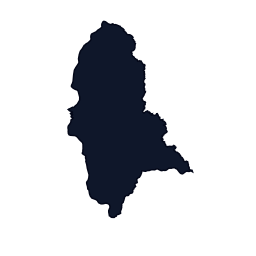 outline of Phonthong, Louangphrabang, Laos, rotated 27°
{"feature_id": "54806243B14812805317737", "entity_name": "Phonthong", "entity_type": "district", "adm_level": 2, "iso_a3": "LAO", "parent_name": "Laos", "parent_adm1": "Louangphrabang", "projection": "albers", "projection_center": [103.126, 20.819], "detail": "fine", "context": "isolated", "style": "filled", "palette": "ink", "viewbox_px": 256, "rotation_deg": 27, "n_neighbors": 0, "source": "geoboundaries", "source_scale": "gbopen_adm2", "svg_char_len": 5838}
<svg xmlns="http://www.w3.org/2000/svg" viewBox="0 0 256 256"><g transform="rotate(27 128 128)"><path d="M50.7,81.2L51.2,84.5L52.5,88.8L54.6,91.8L54.6,93.8L54.1,97.8L54.0,100.8L55.5,105.4L57.9,111.4L58.3,113.6L58.3,115.5L58.6,116.4L58.9,116.8L61.0,117.4L63.3,117.5L65.7,117.2L66.9,117.8L71.0,122.4L72.3,125.2L72.0,130.0L70.8,132.7L70.7,133.9L69.2,134.7L67.3,137.4L66.8,137.8L66.4,138.6L67.4,138.6L67.6,138.7L67.6,139.1L68.6,139.2L69.4,138.9L70.1,139.4L70.7,139.0L71.3,139.1L71.5,139.5L71.4,140.1L70.9,140.1L70.5,140.4L70.2,141.3L71.2,141.6L72.5,141.3L72.7,141.9L72.0,142.9L72.0,143.5L72.3,143.9L73.2,144.0L73.8,143.7L74.3,143.9L74.2,144.4L74.4,144.9L73.6,146.7L74.3,148.2L74.5,149.8L73.9,153.3L74.2,154.5L75.1,156.1L75.7,156.6L76.1,157.9L77.4,160.0L78.7,160.8L80.0,160.6L84.3,158.8L86.0,158.8L87.4,159.2L90.0,160.4L94.1,161.6L95.3,162.9L97.4,166.9L98.0,168.6L98.5,169.2L98.6,170.6L98.9,171.4L99.9,171.7L102.8,171.9L103.8,174.0L104.9,175.1L105.5,176.4L105.6,176.9L107.8,179.2L110.1,182.4L114.6,187.3L115.7,190.1L116.1,192.1L116.2,193.1L115.8,194.3L116.0,195.6L117.0,196.9L118.6,198.6L119.9,200.6L120.9,200.7L121.8,201.6L123.6,204.1L125.3,205.7L127.6,206.8L131.8,206.3L133.5,206.5L135.8,207.9L138.4,207.8L140.2,206.8L142.2,205.1L144.1,204.5L146.1,204.6L148.0,206.6L148.3,210.2L149.0,211.6L151.3,214.7L152.0,214.6L153.2,215.0L154.0,215.0L156.2,214.0L156.5,213.6L156.6,212.8L157.6,211.8L157.4,210.9L157.6,210.1L158.0,209.7L158.7,209.3L160.1,207.4L159.0,205.6L158.8,203.3L158.3,201.4L157.9,200.9L157.7,200.0L157.2,199.4L156.8,198.0L157.4,196.6L157.4,196.1L157.1,195.2L157.1,194.5L156.3,190.7L157.0,189.1L157.5,188.6L158.5,188.3L158.9,187.8L159.1,187.2L159.0,185.9L161.0,184.1L161.2,183.8L161.2,182.7L160.1,180.6L160.8,179.7L160.6,178.5L161.3,176.6L160.2,175.8L159.5,174.6L159.7,173.7L160.7,173.0L160.9,172.2L160.2,171.5L159.0,169.7L159.4,168.1L160.5,166.7L160.7,164.4L160.4,161.6L159.7,160.3L159.7,159.9L163.3,158.6L164.4,157.3L166.5,156.0L167.2,155.1L168.2,154.3L170.8,153.1L172.1,151.4L172.7,151.0L176.3,151.0L177.4,150.7L179.1,149.3L179.6,149.3L180.8,148.6L181.4,147.9L182.4,145.6L183.0,145.1L185.1,144.0L185.6,143.4L187.4,142.2L188.7,142.4L190.4,142.3L194.4,144.2L195.6,144.5L196.9,144.3L197.5,144.0L199.3,140.4L200.5,139.4L200.9,139.5L202.4,138.8L203.5,137.6L205.3,137.7L204.2,136.6L202.6,137.2L201.1,136.8L200.5,135.5L199.5,134.8L199.4,134.6L198.8,134.4L198.5,133.3L198.0,132.7L197.1,132.2L196.9,131.9L196.9,131.3L196.4,131.0L195.9,131.2L195.3,131.0L194.5,131.8L193.4,132.5L192.5,132.1L192.4,131.7L191.8,131.4L191.7,131.0L191.3,130.9L190.9,130.5L189.6,129.8L189.1,129.9L188.3,129.7L187.3,128.8L186.8,128.6L186.7,128.8L185.5,127.8L184.8,127.9L184.2,127.5L183.4,127.6L182.9,127.3L181.4,127.8L180.2,127.1L179.8,127.3L179.3,127.2L178.7,126.2L178.8,125.7L179.2,125.4L179.5,124.7L179.3,124.1L179.5,123.7L179.2,123.4L178.6,123.8L178.0,122.9L176.8,122.8L176.8,123.6L176.4,124.1L176.2,123.9L176.0,124.1L175.6,124.2L175.3,124.7L175.5,124.8L175.0,125.1L173.7,125.2L173.2,125.7L171.9,126.5L171.8,127.0L171.0,126.8L170.4,127.0L169.6,126.7L169.1,125.9L168.8,125.9L168.6,125.5L167.8,125.3L167.4,124.6L167.0,124.7L166.3,124.3L166.4,123.9L164.9,124.3L164.5,123.8L164.6,123.6L164.0,123.1L163.6,123.1L164.2,122.2L163.5,121.7L162.5,121.8L162.3,120.3L162.6,120.0L161.9,119.5L162.3,118.6L162.9,118.1L162.8,116.6L163.3,116.3L163.4,115.8L164.3,114.4L164.4,113.5L162.3,112.0L162.1,111.5L162.2,110.9L161.2,110.0L159.7,109.2L158.7,109.1L160.0,107.6L159.6,107.2L159.4,106.7L158.4,106.1L156.8,105.7L155.9,106.0L155.6,105.5L155.3,105.4L155.2,104.7L153.8,105.7L153.6,106.0L152.5,105.8L151.7,104.7L151.5,104.1L150.6,104.3L150.1,103.8L149.2,103.6L149.2,103.1L148.5,102.5L147.7,102.8L147.5,102.0L147.0,102.3L147.1,103.5L146.2,104.6L145.3,104.9L143.9,105.0L143.4,105.5L143.4,105.2L143.0,105.4L143.0,105.0L142.8,105.3L142.4,105.1L142.3,104.7L141.8,105.0L141.4,104.7L141.1,104.9L141.1,104.7L140.5,104.3L140.1,104.6L140.0,104.2L139.6,104.1L139.3,104.6L138.2,104.5L138.0,104.0L137.7,103.9L136.5,105.3L135.5,107.4L135.2,107.5L134.3,107.3L133.2,106.3L133.2,105.9L133.7,104.7L133.3,103.8L134.0,103.3L133.4,101.8L132.1,101.5L132.1,100.1L132.6,99.7L132.5,98.9L131.8,98.0L131.9,97.3L131.0,96.9L130.5,97.3L129.1,97.3L128.6,96.6L127.9,96.5L126.7,94.7L127.2,93.4L127.1,92.7L127.3,91.5L127.0,91.2L127.2,89.9L126.9,89.0L127.2,88.3L126.9,87.5L126.6,87.6L125.7,87.4L125.1,85.7L124.7,85.2L124.3,84.9L123.6,84.9L123.6,83.8L123.1,82.8L123.4,82.4L123.4,81.9L122.9,81.6L122.7,81.0L122.1,81.0L121.1,80.2L120.7,79.5L120.5,78.7L120.2,78.3L120.5,76.2L119.8,76.0L119.4,74.6L118.6,73.5L118.4,72.6L117.9,72.7L117.7,71.6L117.0,71.2L117.1,70.8L116.8,70.6L116.8,70.2L116.5,70.2L115.5,69.7L115.5,69.1L116.0,68.3L115.7,68.0L115.9,67.6L115.6,67.4L115.3,66.7L114.3,66.2L114.3,65.9L114.8,65.2L114.4,64.7L114.5,64.3L113.6,64.1L113.1,64.5L112.2,64.4L111.7,63.9L110.9,63.6L109.3,62.5L108.8,63.1L108.0,62.7L107.3,63.6L106.7,63.6L106.2,64.0L105.8,63.5L104.8,62.9L104.1,63.3L103.3,62.9L103.0,63.1L102.3,62.9L101.4,62.2L101.0,62.2L100.5,61.9L99.5,62.2L98.7,61.3L98.1,61.1L97.8,60.4L97.8,59.8L96.8,59.0L96.6,59.1L96.6,58.6L96.3,58.3L96.6,57.4L97.2,57.0L97.7,56.2L98.0,54.7L97.7,53.2L97.2,52.4L96.3,50.1L96.3,49.4L95.1,48.9L94.8,48.6L94.7,47.9L93.9,47.8L93.1,47.0L92.5,46.7L91.9,46.9L91.2,46.1L90.9,45.4L91.2,44.9L89.4,44.2L87.4,44.1L85.3,45.0L84.4,44.9L83.2,44.3L83.0,44.0L82.5,43.8L81.7,43.8L81.2,43.4L80.9,43.6L80.1,43.6L79.7,43.2L79.9,42.4L79.7,42.3L78.4,41.8L75.8,41.6L74.8,41.0L74.3,41.3L73.4,41.1L72.6,41.3L71.5,41.3L69.9,41.6L68.9,42.3L67.7,42.3L67.5,42.1L66.8,42.3L66.6,42.6L67.1,42.9L66.3,43.6L63.2,44.2L59.9,43.6L58.9,43.7L57.9,44.1L57.6,44.5L57.5,45.1L57.5,47.0L57.9,48.2L58.8,49.5L58.9,50.2L58.1,52.2L56.6,54.7L56.1,56.6L53.0,60.7L52.9,61.2L53.1,62.6L53.6,63.8L54.9,65.8L54.8,67.2L53.7,70.3L52.4,72.2L52.0,73.6L51.5,74.2L51.3,78.0L50.7,81.2Z" fill="#0f172a" stroke="#020617" stroke-width="1.5"/></g></svg>